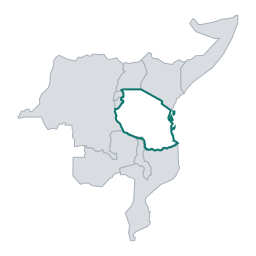 United Republic of Tanzania highlighted, Mercator projection
{"feature_id": "TZA", "entity_name": "United Republic of Tanzania", "entity_type": "country or territory", "adm_level": 0, "iso_a3": "TZA", "parent_name": "Africa", "parent_adm1": "", "projection": "mercator", "projection_center": [35.057, -6.356], "detail": "fine", "context": "with_neighbors", "style": "outline", "palette": "teal", "viewbox_px": 256, "rotation_deg": 0, "n_neighbors": 9, "source": "natural_earth", "source_scale": "50m", "svg_char_len": 8555}
<svg xmlns="http://www.w3.org/2000/svg" viewBox="0 0 256 256"><path d="M114.6,102.4L116.0,114.4L115.4,117.4L116.6,120.7L119.8,123.9L122.9,131.1L120.7,130.5L111.6,132.1L109.9,135.8L111.2,138.3L109.5,150.9L115.0,154.2L116.5,153.1L117.0,159.3L112.7,159.3L108.3,153.6L103.9,152.8L102.7,149.8L99.2,151.6L94.7,150.8L92.8,148.2L86.6,147.8L86.3,146.0L81.7,145.5L74.4,146.8L74.7,140.0L72.8,137.8L72.4,134.3L73.2,130.9L72.1,128.7L72.0,125.1L65.1,125.1L65.6,123.1L62.7,123.1L62.4,124.1L58.9,124.3L56.7,129.1L53.5,128.2L47.9,129.5L44.5,124.7L41.5,117.0L24.8,117.0L18.8,118.3L18.1,116.5L19.5,115.9L20.6,112.0L22.6,110.8L24.1,111.4L26.1,109.2L29.1,109.3L29.5,110.9L31.6,111.9L39.7,103.8L39.5,99.1L41.9,93.6L48.2,88.0L48.9,86.2L49.9,82.2L50.3,73.9L53.1,67.4L54.0,60.0L56.2,57.2L59.2,55.3L67.5,59.3L75.8,61.0L78.3,57.1L80.8,57.7L87.1,54.9L89.4,56.1L91.2,55.9L92.0,54.5L94.1,54.1L102.0,54.8L103.9,54.2L107.3,58.9L109.8,59.5L117.1,57.8L118.4,60.2L123.4,64.0L123.1,70.6L125.3,71.3L121.3,74.8L118.0,80.4L117.7,84.9L116.4,87.1L116.3,91.4L114.7,92.9L113.2,99.8L114.6,102.4Z" fill="#d9dde1" stroke="#a8b0b8" stroke-width="1"/><path d="M180.8,88.6L180.7,68.1L187.2,59.8L190.8,59.7L195.9,55.7L203.2,55.5L219.2,38.4L214.4,38.5L196.0,31.7L189.6,23.7L192.9,18.6L194.8,19.7L198.4,24.5L201.2,24.5L212.7,22.3L222.5,19.1L227.5,18.8L233.1,17.4L235.8,15.4L237.9,15.4L237.6,23.3L232.1,38.0L223.7,53.6L218.9,59.9L212.3,67.7L192.9,82.1L186.7,89.0L184.1,93.3L180.8,88.6Z" fill="#d9dde1" stroke="#a8b0b8" stroke-width="1"/><path d="M170.7,110.2L162.6,104.6L162.2,101.3L140.7,89.2L140.7,83.2L147.1,73.0L144.0,63.7L141.3,59.8L148.6,52.6L151.6,53.6L151.6,56.8L153.5,58.6L157.4,58.6L164.6,63.4L172.7,64.4L174.4,62.1L179.5,59.7L181.8,61.6L185.7,61.6L180.7,68.1L180.8,88.6L184.1,93.3L180.2,95.6L178.8,97.9L176.7,98.3L175.9,102.3L174.1,104.6L173.0,108.4L170.7,110.2Z" fill="#d9dde1" stroke="#a8b0b8" stroke-width="1"/><path d="M120.7,130.5L134.3,136.2L137.0,138.7L138.4,143.6L136.3,149.8L137.4,154.6L135.6,156.6L133.9,162.0L136.9,163.5L119.7,168.3L120.2,172.5L116.0,173.3L112.8,175.6L112.1,177.7L110.0,178.1L102.0,186.8L91.9,185.6L88.7,183.3L85.0,183.0L80.4,184.3L72.9,175.8L73.1,157.3L84.9,157.3L84.4,155.3L85.3,153.2L84.3,150.5L84.9,147.7L84.3,145.9L86.3,146.0L86.6,147.8L92.8,148.2L94.7,150.8L99.2,151.6L102.7,149.8L103.9,152.8L108.3,153.6L112.7,159.3L117.0,159.3L116.5,153.1L115.0,154.2L109.5,150.9L111.2,138.3L109.9,135.8L111.6,132.1L113.1,131.4L120.7,130.5Z" fill="#d9dde1" stroke="#a8b0b8" stroke-width="1"/><path d="M134.3,136.2L139.8,137.2L142.9,141.5L144.5,149.3L142.9,153.7L144.5,161.2L146.4,161.1L148.5,163.0L150.8,167.2L151.3,174.8L148.9,176.0L147.1,180.1L143.4,176.4L143.0,172.3L144.2,169.6L143.9,167.2L141.7,165.8L140.1,166.3L133.9,162.0L135.6,156.6L137.4,154.6L136.3,149.8L138.4,143.6L137.0,138.7L134.3,136.2Z" fill="#d9dde1" stroke="#a8b0b8" stroke-width="1"/><path d="M144.5,149.3L148.7,148.8L155.5,150.5L160.9,149.6L162.9,147.9L166.3,147.9L172.5,145.7L177.0,142.4L177.9,145.0L178.6,164.8L179.6,167.7L175.7,176.0L172.1,179.6L160.6,184.7L145.7,197.8L145.3,202.1L147.9,206.7L149.1,212.1L150.1,211.8L149.0,220.6L150.4,221.7L149.5,224.3L147.2,226.5L135.7,231.9L133.2,234.2L133.7,236.9L135.2,237.3L134.7,240.6L130.4,240.6L128.6,232.7L129.6,225.8L125.4,212.8L131.4,205.9L133.7,201.0L134.8,179.6L131.8,177.7L129.2,177.2L125.3,174.5L120.6,174.7L119.7,168.3L136.9,163.5L140.1,166.3L141.7,165.8L143.9,167.2L144.2,169.6L143.0,172.3L143.4,176.4L147.1,180.1L148.9,176.0L151.3,174.8L150.8,167.2L148.5,163.0L146.4,161.1L144.5,161.2L142.9,153.7L144.5,149.3Z" fill="#d9dde1" stroke="#a8b0b8" stroke-width="1"/><path d="M121.4,97.4L122.9,102.8L117.3,109.0L115.0,109.2L114.6,102.4L113.2,99.8L116.6,100.3L118.4,97.1L121.4,97.4Z" fill="#d9dde1" stroke="#a8b0b8" stroke-width="1"/><path d="M140.7,89.2L123.0,89.5L117.7,91.9L116.3,91.4L116.4,87.1L117.7,84.9L118.0,80.4L121.3,74.8L125.3,71.3L123.1,70.6L123.4,64.0L125.7,62.4L129.3,63.7L133.9,62.3L137.8,62.4L141.3,59.8L144.0,63.7L147.1,73.0L140.7,83.2L140.7,89.2Z" fill="#d9dde1" stroke="#a8b0b8" stroke-width="1"/><path d="M121.1,90.2L123.3,93.4L123.0,96.7L121.4,97.4L118.4,97.1L116.6,100.3L113.2,99.8L114.7,92.9L116.3,91.4L117.7,91.9L121.1,90.2Z" fill="#d9dde1" stroke="#a8b0b8" stroke-width="1"/><path d="M135.2,137.2L134.9,137.0L134.3,136.7L133.4,136.4L132.7,136.0L132.4,135.7L131.8,135.6L131.2,135.5L130.7,135.3L130.2,135.2L129.7,135.1L129.6,134.9L129.5,134.5L129.4,134.4L129.0,134.3L128.6,134.3L128.3,134.3L128.2,134.3L127.8,134.0L127.5,133.7L127.4,133.2L126.9,132.9L126.3,132.6L124.8,132.6L124.5,132.5L124.2,132.3L123.7,131.8L123.4,131.3L123.1,130.6L122.9,130.2L122.8,129.7L122.4,129.0L121.9,127.9L121.4,127.0L121.0,126.0L120.8,125.4L120.5,124.6L119.9,123.6L119.6,123.3L119.3,122.9L118.5,122.3L117.6,121.7L117.1,121.2L116.4,120.0L116.1,119.5L115.9,118.7L115.8,117.9L115.8,117.5L116.4,116.5L116.5,116.2L116.4,115.8L116.1,114.9L115.9,114.3L115.7,113.9L115.4,113.1L115.0,112.0L114.9,111.5L114.9,111.1L115.1,110.2L115.3,109.2L115.3,108.9L117.1,109.0L117.4,108.8L118.4,108.1L119.5,106.9L119.8,106.4L120.2,105.6L120.7,105.2L120.8,104.9L121.0,104.4L121.1,104.1L121.7,103.5L122.3,103.1L122.2,102.9L122.2,102.7L122.5,102.5L123.2,102.3L123.3,101.9L123.3,101.4L123.2,101.1L123.2,100.8L123.1,100.7L122.7,100.6L122.1,100.4L121.6,100.3L121.3,100.1L121.1,100.0L121.1,99.7L121.2,99.4L121.4,99.0L121.2,98.8L121.1,98.7L121.7,97.5L121.8,97.3L122.0,97.3L122.4,97.2L122.7,97.1L123.0,97.2L123.4,97.0L123.5,96.6L123.6,95.9L123.6,95.3L123.3,94.9L123.3,94.2L123.4,93.4L123.3,92.6L123.0,92.0L122.7,91.7L122.3,91.5L121.6,90.6L121.4,90.2L121.4,89.9L121.6,89.8L122.1,89.8L122.5,89.7L122.9,89.5L123.3,89.4L123.5,89.4L124.1,89.4L125.1,89.4L126.1,89.4L127.1,89.4L128.1,89.4L129.1,89.4L130.1,89.4L131.1,89.4L132.1,89.4L133.1,89.4L134.1,89.4L135.1,89.4L136.1,89.4L137.1,89.4L138.1,89.4L139.1,89.4L140.1,89.4L140.7,89.4L141.2,89.4L141.6,89.7L142.0,89.9L143.2,90.6L144.4,91.3L145.6,91.9L146.9,92.6L148.1,93.3L149.3,93.9L150.5,94.6L151.7,95.3L152.9,96.0L154.1,96.6L155.3,97.3L156.5,98.0L157.7,98.7L158.9,99.3L160.1,100.0L161.3,100.7L161.9,101.0L162.0,101.1L162.1,101.7L162.1,102.1L162.1,102.5L161.8,103.0L161.7,103.3L161.7,103.6L161.8,103.6L162.0,103.7L162.3,103.8L162.5,104.3L162.7,104.6L163.2,104.9L164.1,105.5L165.0,106.2L165.9,106.8L166.7,107.4L167.6,108.0L168.5,108.7L169.3,109.3L170.2,109.9L170.6,110.2L170.8,110.3L170.7,110.8L170.2,112.0L170.2,112.4L170.0,113.0L169.9,113.4L169.4,115.0L169.0,115.6L168.5,117.0L168.4,118.1L168.7,118.9L168.8,119.6L169.4,120.3L169.9,120.6L170.2,120.9L170.8,121.6L171.2,122.4L172.2,122.7L172.6,123.6L172.5,124.1L172.0,124.6L171.5,125.4L171.2,126.4L171.2,127.9L171.4,127.7L172.0,128.1L172.0,129.2L171.5,130.5L171.3,131.1L171.3,131.7L171.7,133.2L172.3,134.0L172.2,134.3L172.1,134.5L173.2,135.9L173.1,137.2L173.5,138.1L173.6,139.0L173.9,139.6L174.0,140.1L173.6,140.6L174.4,140.7L174.9,141.1L175.1,141.5L175.7,141.5L176.0,141.7L176.4,141.9L177.4,142.6L177.6,142.9L177.7,143.1L177.8,143.2L177.1,143.7L176.1,144.5L175.1,145.3L174.1,145.8L173.5,146.0L172.7,146.2L172.0,146.5L171.4,147.0L170.5,147.3L169.5,147.3L168.4,147.6L167.3,148.3L166.7,148.7L165.7,148.1L164.9,147.9L164.0,147.9L163.4,148.0L163.2,148.1L163.1,148.5L162.9,149.1L162.3,149.6L161.3,150.2L160.3,150.4L159.5,150.3L158.9,150.0L158.6,149.7L158.1,149.6L157.5,149.6L156.9,149.8L156.4,150.2L155.5,150.4L154.3,150.4L153.7,150.2L153.6,149.8L153.1,149.4L152.1,148.9L151.4,148.9L150.9,149.4L150.5,149.7L150.1,149.8L149.8,149.8L149.5,149.7L149.3,149.7L148.0,149.6L146.7,149.6L146.7,149.4L146.6,149.0L146.3,148.6L146.1,148.3L145.8,148.3L145.7,148.3L145.5,148.1L145.4,147.7L145.2,147.3L144.9,147.0L144.7,146.8L144.7,146.5L144.7,146.2L145.0,145.6L145.1,145.1L145.0,144.6L144.9,144.1L144.6,143.6L144.6,143.4L144.5,143.0L144.5,142.7L144.6,142.4L144.5,141.9L144.3,141.0L144.3,140.7L144.0,140.3L143.1,139.2L141.8,137.9L141.3,137.7L141.1,137.9L141.0,138.1L141.1,138.4L141.0,138.6L140.7,138.7L140.0,138.3L139.6,138.3L138.6,138.3L138.3,138.4L138.0,138.3L137.5,137.8L136.9,137.7L136.4,137.7L135.5,137.1L135.3,137.1L135.2,137.2ZM172.3,118.7L172.8,119.9L172.7,120.2L172.4,120.3L172.1,120.1L171.9,119.7L171.7,119.8L171.3,119.3L170.9,119.3L170.6,118.7L170.7,118.2L170.6,117.3L171.0,116.9L171.3,116.2L171.6,116.7L171.6,117.5L172.0,118.4L172.3,118.7L172.3,118.7ZM174.4,111.5L174.5,111.8L174.4,112.1L174.4,112.9L174.4,113.5L174.0,114.3L173.8,114.6L173.5,114.5L173.3,114.4L173.2,114.2L173.5,112.7L173.3,111.6L173.9,111.8L174.4,111.5ZM173.6,129.0L173.2,129.1L172.9,128.8L173.3,128.6L173.6,128.2L174.3,127.6L174.6,127.2L174.6,127.6L174.2,128.6L173.8,128.6L173.6,129.0Z" fill="none" stroke="#0f766e" stroke-width="2"/></svg>